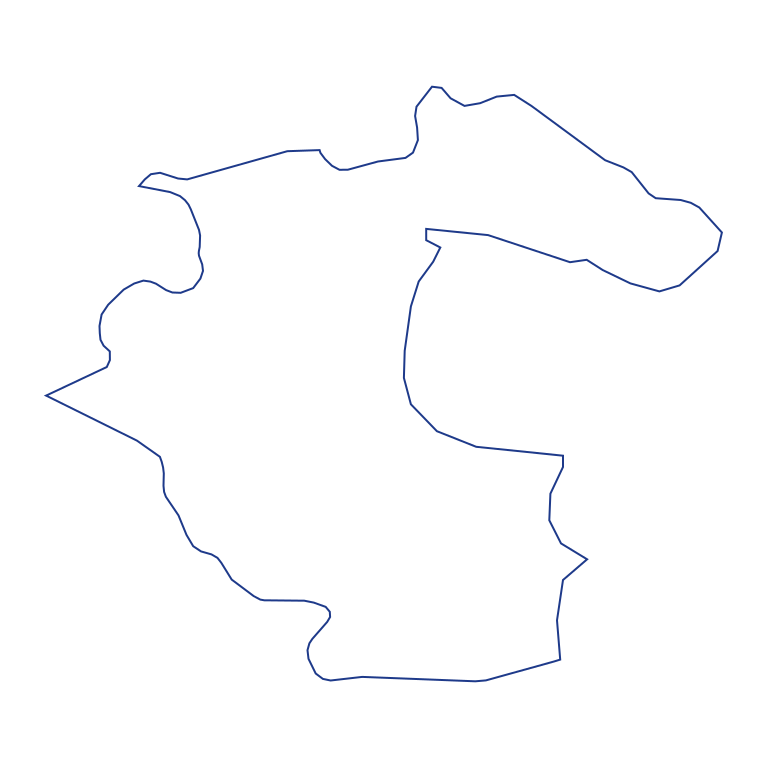 the border of Louth
{"feature_id": "IRL-712", "entity_name": "Louth", "entity_type": "County", "adm_level": 1, "iso_a3": "IRL", "parent_name": "Ireland", "parent_adm1": "", "projection": "natural_earth1", "projection_center": [-6.434, 53.913], "detail": "fine", "context": "isolated", "style": "outline", "palette": "blue", "viewbox_px": 768, "rotation_deg": 0, "n_neighbors": 0, "source": "natural_earth", "source_scale": "10m", "svg_char_len": 1738}
<svg xmlns="http://www.w3.org/2000/svg" viewBox="0 0 768 768"><path d="M432.0,86.7L441.6,87.9L450.6,98.3L464.5,105.9L480.1,103.2L496.7,96.6L514.2,94.9L531.4,105.9L605.1,160.2L623.4,167.4L631.7,172.1L648.6,193.4L655.7,198.2L680.7,200.0L690.8,202.8L699.3,207.5L721.9,232.5L717.6,251.0L679.6,285.4L659.4,291.4L630.4,283.4L602.8,270.1L586.7,259.8L570.0,262.2L488.1,235.1L426.2,228.9L426.2,240.2L440.3,247.5L433.2,261.7L418.7,281.5L410.9,306.4L404.7,350.8L403.9,377.9L410.9,404.3L436.9,431.2L476.2,446.8L563.0,455.7L563.0,467.0L550.4,493.7L549.3,520.3L561.0,543.4L587.1,559.3L563.0,580.0L557.0,620.3L560.2,659.6L554.0,661.5L485.9,680.4L475.3,681.3L362.2,676.9L330.6,680.5L322.9,678.9L315.7,673.5L308.5,658.8L307.5,650.2L309.4,643.3L312.4,638.8L327.2,621.9L330.1,617.0L329.8,611.8L325.7,606.9L313.8,602.6L304.3,600.7L264.3,600.3L260.3,599.6L253.7,596.1L231.7,579.6L221.3,562.8L217.5,557.9L211.5,554.4L201.0,551.4L193.2,546.2L186.5,534.9L178.5,515.4L165.9,496.8L164.1,491.9L163.5,485.8L163.8,473.4L163.1,467.5L161.7,461.8L159.9,456.8L136.9,440.6L46.1,395.6L106.8,367.0L109.9,360.1L109.8,351.4L103.6,345.7L100.5,339.8L99.8,333.3L99.5,326.0L101.6,314.5L108.2,304.7L123.7,289.6L134.2,283.5L143.4,280.6L150.4,281.6L156.0,283.7L166.1,290.1L172.4,292.5L180.7,292.8L193.2,288.1L200.4,278.6L203.0,270.9L202.2,264.4L199.0,255.7L198.7,253.2L198.9,251.0L199.7,247.0L200.1,235.5L199.0,229.9L190.8,209.3L188.5,204.6L185.0,200.2L180.0,196.1L170.2,192.1L139.0,186.1L144.8,179.4L150.9,174.2L160.1,172.8L178.0,178.5L187.2,179.4L287.3,151.2L319.6,150.1L320.4,152.8L325.1,159.1L332.0,165.8L339.5,169.8L347.9,169.7L378.0,161.5L405.5,157.9L413.0,152.6L417.9,140.1L417.1,127.6L415.1,116.0L416.5,106.7L432.0,86.7Z" fill="none" stroke="#1e3a8a" stroke-width="2"/></svg>